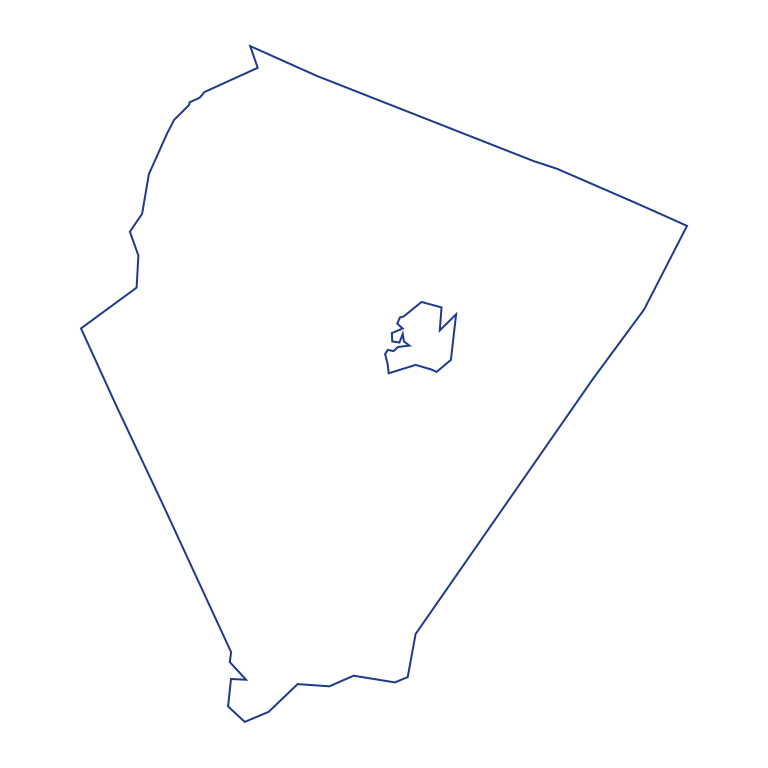 Albemarle, Virginia, United States of America (Mercator projection)
{"feature_id": "52423323B56828641203792", "entity_name": "Albemarle", "entity_type": "district", "adm_level": 2, "iso_a3": "USA", "parent_name": "United States of America", "parent_adm1": "Virginia", "projection": "mercator", "projection_center": [-78.564, 38.001], "detail": "fine", "context": "isolated", "style": "outline", "palette": "blue", "viewbox_px": 768, "rotation_deg": 0, "n_neighbors": 0, "source": "geoboundaries", "source_scale": "gbopen_adm2", "svg_char_len": 878}
<svg xmlns="http://www.w3.org/2000/svg" viewBox="0 0 768 768"><path d="M415.6,634.0L584.6,390.9L593.3,378.4L644.1,309.5L687.0,225.9L641.3,205.4L557.1,168.8L533.6,161.1L317.0,76.0L250.2,46.1L257.7,67.8L204.5,92.0L199.7,97.7L189.4,102.4L189.2,104.9L174.1,119.9L167.1,133.5L148.9,174.1L142.1,213.8L129.9,231.7L138.4,255.6L136.6,287.6L81.0,328.4L117.1,407.5L163.2,505.2L231.1,652.1L229.8,662.1L246.0,679.7L231.0,679.0L228.1,706.4L244.7,721.9L268.7,711.8L297.6,684.1L329.4,686.3L353.6,675.7L394.9,682.4L407.7,677.1L415.6,634.0ZM385.1,354.1L387.8,349.9L393.5,351.1L398.0,347.0L409.4,345.6L403.9,341.4L402.8,334.0L399.4,342.5L392.3,341.5L391.8,333.1L402.6,328.5L397.3,323.6L399.9,317.5L403.6,316.5L421.5,302.0L441.5,307.4L439.8,330.4L456.1,314.3L450.9,359.9L436.6,371.9L431.3,369.5L415.6,364.9L388.7,373.3L387.6,363.9L385.1,354.1Z" fill="none" stroke="#1e3a8a" stroke-width="2"/></svg>